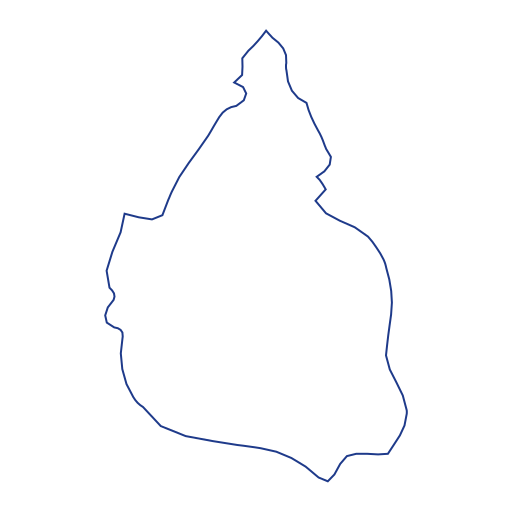 the border of Distrito Federal
{"feature_id": "MEX-2727", "entity_name": "Distrito Federal", "entity_type": "Federal District", "adm_level": 1, "iso_a3": "MEX", "parent_name": "Mexico", "parent_adm1": "", "projection": "robinson", "projection_center": [-99.124, 19.314], "detail": "fine", "context": "isolated", "style": "outline", "palette": "blue", "viewbox_px": 512, "rotation_deg": 0, "n_neighbors": 0, "source": "natural_earth", "source_scale": "10m", "svg_char_len": 1936}
<svg xmlns="http://www.w3.org/2000/svg" viewBox="0 0 512 512"><path d="M266.1,30.7L267.6,32.4L269.2,34.2L270.8,35.9L272.4,37.7L278.4,42.6L283.2,48.4L286.0,55.1L286.3,63.0L286.0,64.9L286.0,66.9L286.1,68.8L286.5,70.7L288.0,81.4L291.9,90.7L298.1,98.0L306.5,102.9L308.6,110.1L311.3,117.0L314.4,123.6L317.8,130.0L319.7,133.4L321.4,136.9L322.9,140.5L324.3,144.3L324.7,145.4L325.1,146.4L325.6,147.5L326.0,148.7L330.9,156.9L329.7,164.6L324.4,171.3L316.7,176.8L319.7,179.9L322.6,184.1L324.8,187.8L325.7,189.4L323.1,192.3L320.7,195.0L318.2,197.8L315.5,200.8L326.0,213.3L340.0,220.8L354.8,227.3L368.0,236.6L372.4,241.8L376.4,247.5L380.2,253.3L383.5,259.4L384.4,261.5L385.2,263.7L385.8,265.9L386.3,268.1L389.3,279.5L391.2,291.0L391.9,302.6L391.1,314.5L389.7,324.6L388.3,334.9L387.1,345.1L386.0,355.4L389.8,369.5L396.4,382.4L402.8,395.5L406.7,410.2L406.8,411.1L406.8,412.1L406.8,413.1L406.7,414.0L404.5,425.5L399.9,435.4L394.0,444.5L387.9,453.8L378.1,454.4L367.1,453.8L356.2,453.8L346.9,456.1L340.2,463.9L334.4,474.5L327.8,481.3L318.6,477.5L305.6,466.6L291.4,458.0L276.3,451.7L260.6,448.2L254.8,447.3L249.0,446.5L243.2,445.7L237.4,445.0L212.8,441.1L185.7,436.1L160.8,426.1L143.0,407.0L140.2,405.1L137.6,402.8L135.3,400.1L133.3,397.1L126.5,384.1L122.3,369.1L120.8,353.4L122.5,338.2L122.6,337.7L122.6,337.2L122.7,336.7L122.7,336.2L122.4,332.5L120.6,329.9L117.8,328.2L114.2,327.4L106.8,322.6L105.2,315.4L107.8,307.4L113.6,299.9L114.5,296.6L114.0,293.4L112.1,290.4L109.5,287.7L106.6,270.7L112.4,251.8L120.6,232.3L124.6,213.7L138.8,217.3L152.0,219.4L162.4,215.2L168.3,199.8L169.2,197.8L170.0,195.8L170.9,193.7L171.8,191.7L179.3,177.0L188.8,162.9L198.8,149.2L208.2,135.7L211.0,131.0L213.7,126.3L216.5,121.6L219.3,117.0L222.7,112.6L226.7,109.3L231.2,107.1L236.3,105.9L243.8,100.3L246.2,93.5L243.1,87.1L234.2,82.5L242.1,75.0L242.5,66.7L242.3,58.3L248.4,50.7L253.2,46.1L257.7,41.2L262.0,36.1L266.1,30.7Z" fill="none" stroke="#1e3a8a" stroke-width="2"/></svg>